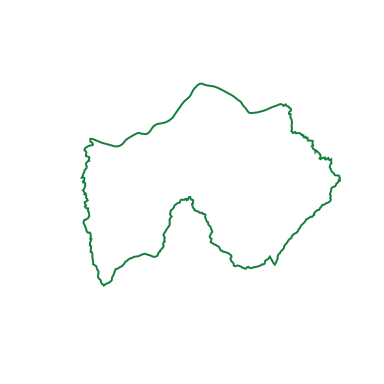 Palmeirante, Tocantins, Brazil, rotated 224°
{"feature_id": "56859067B84027075670331", "entity_name": "Palmeirante", "entity_type": "district", "adm_level": 2, "iso_a3": "BRA", "parent_name": "Brazil", "parent_adm1": "Tocantins", "projection": "natural_earth1", "projection_center": [-48.155, -7.846], "detail": "fine", "context": "isolated", "style": "outline", "palette": "green", "viewbox_px": 384, "rotation_deg": 224, "n_neighbors": 0, "source": "geoboundaries", "source_scale": "gbopen_adm2", "svg_char_len": 6021}
<svg xmlns="http://www.w3.org/2000/svg" viewBox="0 0 384 384"><g transform="rotate(224 192 192)"><path d="M190.4,63.4L190.2,65.5L189.7,67.1L188.8,68.9L188.4,71.5L188.4,72.7L190.2,75.2L190.9,78.0L193.4,83.4L192.5,84.8L192.0,86.1L191.8,87.6L190.8,90.0L190.9,92.6L191.0,93.8L191.5,94.9L190.9,97.5L190.9,99.3L190.4,101.0L189.1,103.6L188.8,105.0L186.6,107.6L185.7,109.2L184.2,113.0L183.3,114.2L182.7,115.2L181.4,115.6L179.9,116.3L178.7,117.0L177.2,117.7L175.5,118.2L174.1,119.1L173.3,120.2L172.8,121.3L172.8,122.7L173.2,123.8L174.0,125.3L173.6,126.8L174.3,127.7L174.2,129.4L174.4,130.8L174.2,132.1L175.1,133.7L176.4,134.2L177.3,135.5L177.2,137.6L178.5,138.0L179.2,139.3L180.0,140.4L181.2,140.5L182.9,141.6L183.5,143.9L183.8,145.6L184.2,147.1L184.5,148.9L184.8,150.5L185.0,152.2L185.6,153.4L186.9,154.4L187.7,155.7L188.8,156.2L189.5,158.2L189.5,160.1L192.0,160.5L192.9,161.3L193.3,162.5L194.2,163.4L194.4,164.5L194.2,165.7L194.1,167.3L195.2,170.3L194.8,173.3L194.4,174.6L193.5,175.8L194.5,178.3L193.9,179.7L193.0,180.1L192.0,181.1L192.1,182.4L191.1,183.0L190.0,182.5L189.6,183.8L190.3,184.9L190.5,186.4L189.8,187.2L188.7,186.3L187.2,186.0L186.3,186.8L185.2,186.8L184.3,185.1L183.3,184.6L183.6,183.2L182.2,182.4L179.9,181.3L178.7,181.5L177.7,180.6L176.5,181.2L175.2,181.5L173.9,182.4L172.6,182.2L171.6,182.8L170.3,184.1L169.1,183.7L167.9,184.8L166.3,184.9L165.5,183.4L163.2,182.1L160.6,181.0L159.3,181.4L158.2,180.3L157.2,179.8L155.6,179.9L153.8,179.6L152.6,178.8L149.8,177.5L149.5,176.0L148.5,172.4L147.0,171.6L145.3,171.8L144.4,170.3L143.8,168.9L142.8,169.0L141.5,169.5L139.9,169.6L138.5,170.3L137.4,170.5L136.0,171.0L134.3,171.2L130.6,169.9L129.4,170.7L128.0,170.7L126.6,171.7L123.5,173.2L122.0,173.3L120.8,173.6L119.6,173.6L118.4,172.6L118.5,171.4L117.8,170.5L116.8,170.2L115.9,169.6L113.2,169.6L112.1,169.2L110.9,168.1L109.3,168.7L108.5,170.2L107.7,171.2L104.7,172.5L103.6,172.5L102.3,173.1L100.6,173.6L99.9,174.8L100.1,176.2L99.4,177.4L98.1,177.3L96.6,178.3L95.9,179.5L95.4,180.8L94.4,181.7L92.0,185.8L91.5,187.4L91.3,188.9L90.3,189.6L90.0,191.0L91.6,193.6L90.7,196.5L91.0,198.2L91.1,199.6L84.1,197.5L82.0,197.3L82.3,198.8L83.6,202.0L83.9,203.2L84.6,204.2L85.5,205.0L86.2,206.1L86.4,207.6L86.3,209.2L86.8,211.0L86.7,214.1L87.1,215.8L88.2,217.4L88.4,219.4L88.4,221.6L88.9,223.3L89.2,225.1L88.6,228.0L89.4,229.3L89.7,231.2L89.5,232.5L88.6,235.2L88.5,237.4L89.3,238.8L89.3,240.4L89.7,241.9L90.2,243.1L90.1,249.3L90.8,251.3L90.2,253.0L89.5,256.8L88.4,257.3L88.5,258.7L88.2,260.5L89.3,261.1L89.5,262.7L89.5,264.7L89.0,266.4L88.1,267.7L88.7,269.0L88.8,271.2L89.2,272.9L88.0,275.3L87.7,277.0L86.8,278.8L86.3,280.4L86.4,281.8L86.9,283.1L88.0,283.3L89.6,285.8L90.9,285.8L92.5,288.8L94.3,291.6L94.1,293.7L93.1,295.1L93.2,296.8L94.0,298.2L93.6,299.8L94.2,301.4L93.4,302.4L93.9,303.4L94.9,303.3L95.3,304.7L96.4,305.3L97.6,305.9L99.0,304.9L100.0,303.9L101.0,303.3L102.7,304.0L104.0,303.8L105.6,303.8L108.6,305.0L110.0,305.3L111.0,306.9L111.7,308.2L111.7,309.5L112.7,310.3L114.6,312.2L114.8,310.9L116.0,310.3L117.5,311.2L118.0,310.1L117.9,308.7L119.0,308.0L120.2,309.1L121.3,307.9L122.1,306.4L122.2,305.0L123.5,304.7L123.5,306.0L125.2,307.8L126.4,308.1L129.9,308.2L131.2,308.1L131.0,306.5L132.4,307.7L134.8,307.2L136.2,307.9L137.5,308.1L137.2,309.7L138.7,310.2L139.8,311.7L140.7,312.6L142.4,311.4L144.2,309.6L145.5,310.4L146.5,311.2L147.1,310.2L148.6,310.7L149.0,309.3L150.3,309.1L151.4,310.3L152.7,309.1L154.2,309.5L155.5,309.1L158.3,306.3L159.3,306.9L160.0,305.9L160.4,304.5L161.7,304.8L163.1,305.0L163.5,306.2L164.7,307.6L166.3,308.6L168.1,311.4L169.1,311.9L170.1,313.0L171.3,313.5L172.9,313.9L174.2,315.2L175.0,316.5L176.5,315.5L177.6,317.0L177.6,318.1L177.4,319.4L179.0,320.6L180.6,320.1L181.6,320.6L183.0,319.9L184.3,319.8L185.4,320.1L185.9,317.6L187.5,317.7L189.4,316.8L190.3,315.0L191.6,312.0L193.2,309.0L196.1,301.8L197.5,299.2L198.4,297.8L199.8,295.4L200.5,294.3L204.6,289.5L206.2,288.7L207.7,288.7L211.0,289.4L214.7,289.7L217.3,290.2L218.6,290.6L220.0,290.7L222.9,290.2L229.1,289.6L233.4,288.5L241.6,286.2L246.0,284.8L249.3,283.3L255.9,278.7L257.4,277.9L259.1,277.3L260.3,276.6L261.3,275.6L261.9,274.4L262.2,273.2L262.2,267.5L261.8,265.6L260.3,260.8L260.0,259.4L260.0,258.0L260.5,252.0L260.4,250.1L260.2,248.1L259.4,243.3L258.7,238.3L258.0,234.8L257.6,232.4L257.7,230.7L258.1,227.7L258.4,226.4L259.1,224.7L259.8,223.0L261.6,220.3L262.7,218.9L263.7,217.5L264.4,216.3L264.9,214.8L265.2,213.3L265.3,211.9L265.1,210.3L264.4,206.9L264.3,204.9L264.6,202.9L265.9,201.1L268.4,199.2L270.8,197.8L271.8,197.0L272.5,195.5L273.7,191.9L274.8,187.9L275.1,186.8L275.5,185.1L275.7,183.5L275.6,181.9L275.3,178.8L275.5,177.2L276.1,175.1L276.8,173.7L277.8,172.4L279.9,170.8L284.0,168.7L290.1,165.3L291.4,164.6L298.7,161.8L301.3,160.5L302.0,159.6L301.1,158.5L300.0,157.6L298.7,158.0L297.5,158.0L296.1,157.3L296.5,155.8L297.6,154.8L298.7,152.2L299.3,149.0L298.6,147.4L296.9,147.6L295.5,147.1L293.4,144.2L291.8,145.0L290.4,145.6L289.3,145.1L289.0,143.8L287.6,143.0L288.2,142.0L288.3,140.8L288.3,139.4L287.5,138.3L285.4,137.2L284.4,135.7L284.4,132.9L283.4,131.8L282.7,129.3L281.8,127.8L281.2,125.7L280.4,126.6L279.4,127.3L278.4,126.6L277.8,125.5L277.9,123.9L276.8,123.3L276.3,124.3L274.9,124.1L272.8,121.9L271.7,118.8L271.7,117.4L270.3,117.3L268.9,116.8L267.5,117.1L267.6,115.7L266.3,116.1L265.2,115.6L264.3,114.3L262.9,114.2L261.2,113.5L262.1,110.0L260.4,109.0L258.9,108.7L258.9,107.1L257.7,106.8L256.4,107.2L255.2,108.1L254.6,107.2L254.0,106.2L252.6,106.0L250.0,104.1L249.1,103.3L248.9,102.0L248.5,100.8L249.0,99.5L249.2,98.0L250.1,97.0L248.7,94.4L245.1,93.2L243.6,92.3L242.3,91.9L241.2,90.9L239.6,90.4L238.3,90.6L237.6,91.7L236.4,91.6L235.1,90.8L233.7,89.5L232.8,87.8L231.8,88.4L230.5,85.8L230.1,84.5L229.1,83.7L228.4,82.7L226.9,83.0L226.0,81.7L224.0,79.5L223.3,78.4L222.0,79.1L220.7,78.3L219.8,77.4L219.0,76.3L217.9,75.7L216.9,74.8L214.2,72.8L213.2,71.4L209.3,72.1L206.9,70.6L204.2,70.0L203.0,68.8L202.2,67.5L200.6,65.6L199.3,65.1L196.4,65.1L194.2,63.6L192.9,63.4L191.7,63.7L190.4,63.4Z" fill="none" stroke="#15803d" stroke-width="2"/></g></svg>